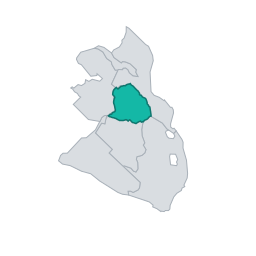 Zimbabwe highlighted among its neighbors, rotated 315°
{"feature_id": "ZWE", "entity_name": "Zimbabwe", "entity_type": "country or territory", "adm_level": 0, "iso_a3": "ZWE", "parent_name": "Africa", "parent_adm1": "", "projection": "equal_earth", "projection_center": [29.641, -19.023], "detail": "fine", "context": "with_neighbors", "style": "filled", "palette": "teal", "viewbox_px": 256, "rotation_deg": 315, "n_neighbors": 6, "source": "natural_earth", "source_scale": "50m", "svg_char_len": 5414}
<svg xmlns="http://www.w3.org/2000/svg" viewBox="0 0 256 256"><g transform="rotate(315 128 128)"><path d="M81.1,175.9L83.3,172.7L85.2,174.5L86.1,177.2L91.4,178.9L93.9,178.4L98.1,175.1L97.4,151.3L98.7,152.3L101.7,158.5L101.4,162.4L102.5,164.7L106.0,164.0L110.5,159.2L111.7,156.1L114.0,154.6L118.4,157.2L122.3,157.5L125.4,156.0L126.7,150.9L129.3,150.4L132.4,143.6L136.7,138.7L143.6,133.9L152.2,134.9L155.8,148.8L154.9,156.0L155.3,158.3L152.8,157.1L151.4,157.6L149.6,161.9L149.7,164.1L152.5,167.6L155.4,166.9L156.4,164.1L160.0,164.1L158.1,174.1L156.9,177.0L152.7,181.1L146.6,192.1L138.0,202.3L134.5,205.2L127.2,207.9L126.7,209.6L123.8,208.7L121.5,209.9L116.5,208.7L111.7,209.1L103.1,212.5L100.3,214.9L98.2,215.0L96.1,212.8L94.5,212.7L92.4,209.9L92.2,210.8L91.4,205.5L89.7,201.3L91.2,200.2L90.8,195.4L81.1,175.9ZM143.1,180.2L139.4,176.3L137.2,177.6L132.1,184.1L135.7,189.0L137.4,188.4L138.2,186.4L140.9,185.4L143.1,180.2Z" fill="#d9dde1" stroke="#a8b0b8" stroke-width="1"/><path d="M143.6,133.9L136.7,138.7L132.4,143.6L129.3,150.4L126.7,150.9L125.4,156.0L122.3,157.5L118.4,157.2L114.0,154.6L111.7,156.1L110.5,159.2L106.0,164.0L102.5,164.7L101.4,162.4L101.7,158.5L98.7,152.3L97.4,151.3L96.9,132.3L101.7,132.0L101.4,108.5L112.7,105.9L114.6,108.7L117.8,106.1L122.9,105.0L127.5,115.4L133.1,122.7L135.2,123.4L136.7,129.9L140.5,130.9L143.6,133.9Z" fill="#d9dde1" stroke="#a8b0b8" stroke-width="1"/><path d="M96.9,132.3L98.1,175.1L93.9,178.4L91.4,178.9L86.1,177.2L85.2,174.5L83.3,172.7L81.1,175.9L77.3,171.0L75.3,166.4L70.5,145.4L69.3,134.0L64.6,125.8L60.5,113.7L56.2,107.2L55.7,102.1L61.0,99.7L64.2,99.9L67.3,102.9L88.1,102.2L91.6,105.4L103.7,106.3L116.8,102.1L120.0,102.5L122.0,104.0L114.6,108.7L112.7,105.9L101.4,108.5L101.7,132.0L96.9,132.3Z" fill="#d9dde1" stroke="#a8b0b8" stroke-width="1"/><path d="M148.2,41.0L160.4,47.7L162.7,50.8L164.0,56.5L162.1,63.8L163.0,69.4L161.5,71.8L159.9,78.1L162.5,79.8L147.3,85.4L147.8,90.1L144.0,91.0L141.2,93.7L140.6,96.0L138.8,96.6L131.8,106.4L122.9,105.0L120.0,102.5L116.8,102.1L112.8,103.6L106.0,94.0L106.0,72.6L116.4,72.7L116.0,70.3L116.7,67.8L115.8,64.6L116.4,61.3L115.8,59.2L117.6,59.4L117.9,61.5L123.4,62.0L125.1,65.1L129.1,66.0L132.2,63.9L133.3,67.4L137.2,68.3L141.1,74.9L144.9,75.0L144.5,67.7L143.1,68.9L138.3,65.1L139.8,50.3L138.6,47.3L140.1,43.0L141.4,42.1L148.2,41.0Z" fill="#d9dde1" stroke="#a8b0b8" stroke-width="1"/><path d="M160.4,47.7L165.3,49.0L168.0,54.0L169.4,63.3L167.9,68.4L169.3,77.2L171.0,77.1L172.8,79.2L174.9,84.1L175.2,92.7L173.0,94.1L171.5,98.8L168.3,94.7L167.9,89.9L169.0,86.8L168.7,84.1L166.8,82.4L165.4,83.0L159.9,78.1L161.5,71.8L163.0,69.4L162.1,63.8L164.0,56.5L162.7,50.8L160.4,47.7Z" fill="#d9dde1" stroke="#a8b0b8" stroke-width="1"/><path d="M169.4,63.3L173.2,62.7L179.2,64.6L184.0,63.6L185.8,61.6L188.8,61.7L194.4,59.0L198.4,55.1L199.2,58.1L199.5,81.4L200.3,84.7L196.7,94.1L193.4,98.3L183.2,104.0L170.0,118.6L169.6,123.4L171.8,128.4L172.8,134.2L173.6,133.9L172.6,143.3L173.7,144.4L172.9,147.1L170.9,149.5L161.0,155.2L158.8,157.6L159.2,160.3L160.4,160.7L160.0,164.1L156.4,164.1L154.9,156.0L155.8,148.8L152.2,134.9L157.4,127.4L159.5,122.1L160.6,98.2L158.0,96.1L155.7,95.6L152.3,92.5L148.1,92.6L147.3,85.4L162.5,79.8L165.4,83.0L166.8,82.4L168.7,84.1L169.0,86.8L167.9,89.9L168.3,94.7L171.5,98.8L173.0,94.1L175.2,92.7L174.9,84.1L172.8,79.2L171.0,77.1L169.3,77.2L167.9,68.4L169.4,63.3Z" fill="#d9dde1" stroke="#a8b0b8" stroke-width="1"/><path d="M152.7,135.9L152.3,135.5L151.7,135.3L150.9,135.2L149.9,135.2L148.7,135.4L147.3,135.2L145.9,134.5L144.8,134.2L143.4,134.5L143.1,134.3L142.7,133.8L142.0,133.7L141.9,133.6L141.7,133.4L141.6,133.1L141.6,132.9L141.7,132.0L141.6,131.9L141.1,131.7L140.3,131.3L139.2,131.0L137.5,130.6L136.8,130.5L136.7,130.3L136.5,130.0L136.1,129.0L135.8,128.4L135.1,127.4L135.0,127.1L135.0,126.3L135.0,125.7L135.1,125.1L135.1,124.6L135.1,124.0L135.1,123.6L135.0,123.4L134.7,123.3L134.0,123.2L133.0,123.2L133.0,122.6L132.9,121.6L132.7,121.0L132.5,120.7L132.1,120.4L131.2,120.0L130.0,119.4L129.0,118.4L127.9,117.2L127.5,117.0L127.1,115.9L126.4,114.0L126.4,113.3L126.3,113.0L125.7,112.1L125.6,111.6L125.4,111.1L124.4,109.7L124.1,109.1L123.8,108.4L123.6,107.7L123.3,107.5L123.0,107.1L122.8,106.6L122.7,106.2L122.8,105.7L122.9,105.4L123.9,105.8L124.4,105.8L124.8,105.6L125.3,105.8L125.9,106.5L126.6,106.6L127.3,106.2L128.2,106.3L129.5,106.9L130.5,107.1L131.7,106.5L132.7,105.0L133.7,103.5L134.7,101.9L135.3,100.5L136.2,99.4L137.3,98.6L138.5,97.9L140.3,97.0L140.6,96.3L140.7,95.5L140.7,94.4L140.8,93.7L141.0,93.3L141.3,93.1L141.7,92.8L142.9,91.9L143.9,91.4L145.1,91.0L146.4,91.0L147.7,91.0L148.4,91.0L148.4,92.1L148.5,93.3L149.6,93.4L151.1,93.5L152.6,93.6L153.5,94.4L153.9,94.6L154.8,94.9L156.1,96.3L157.6,96.4L158.6,96.9L159.5,97.4L160.1,98.0L160.4,98.1L160.9,98.1L161.1,98.2L161.0,98.6L160.7,99.3L160.8,100.4L161.2,101.8L161.2,103.0L161.1,105.2L161.1,107.3L161.1,108.1L161.2,108.6L161.3,108.9L161.2,109.2L161.0,110.1L160.8,111.0L160.8,111.4L160.7,111.6L160.5,111.9L159.9,112.3L159.8,112.6L159.8,113.0L159.9,113.5L160.1,113.6L160.4,113.8L160.5,114.1L160.5,114.5L160.4,115.0L160.1,116.0L160.4,117.1L160.7,117.9L161.1,118.7L161.2,119.2L161.2,119.6L161.2,120.0L160.6,121.5L160.1,122.5L159.6,123.5L158.9,124.1L158.7,124.4L158.6,124.8L158.6,125.5L158.6,126.3L158.0,127.6L158.3,128.6L158.1,128.9L157.2,130.1L156.3,131.3L155.7,132.2L154.9,133.2L154.1,134.3L153.4,135.2L152.7,135.9Z" fill="#14b8a6" stroke="#0f766e" stroke-width="1.5"/></g></svg>